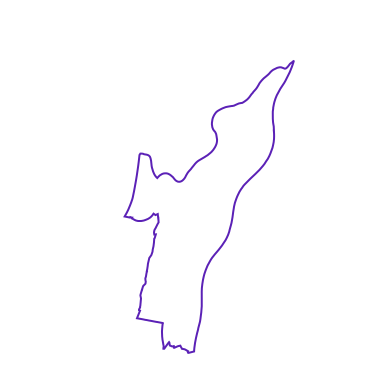 Zaltbommel, Gelderland, Netherlands (Robinson projection), rotated 109°
{"feature_id": "6326949B96926910837809", "entity_name": "Zaltbommel", "entity_type": "district", "adm_level": 2, "iso_a3": "NLD", "parent_name": "Netherlands", "parent_adm1": "Gelderland", "projection": "robinson", "projection_center": [5.161, 51.782], "detail": "fine", "context": "isolated", "style": "outline", "palette": "violet", "viewbox_px": 384, "rotation_deg": 109, "n_neighbors": 0, "source": "geoboundaries", "source_scale": "gbopen_adm2", "svg_char_len": 5755}
<svg xmlns="http://www.w3.org/2000/svg" viewBox="0 0 384 384"><g transform="rotate(109 192 192)"><path d="M342.1,138.1L340.7,138.5L338.7,139.0L333.6,140.0L328.7,140.7L323.9,141.2L319.8,141.5L318.9,141.7L312.3,142.2L311.5,142.3L309.3,142.7L305.0,143.6L303.0,144.0L296.8,145.6L293.6,146.7L290.4,147.8L282.9,150.4L279.6,151.4L275.5,152.3L271.5,153.0L268.0,153.4L266.8,153.5L265.3,153.6L261.4,153.6L257.6,153.4L256.3,153.3L251.7,152.5L249.6,152.1L247.4,151.5L246.3,151.1L243.7,150.2L238.1,148.0L232.8,146.2L230.8,145.7L226.6,144.6L223.9,144.2L220.7,143.9L217.4,143.9L215.5,144.1L210.8,144.4L208.3,144.6L205.7,145.0L202.6,145.5L197.2,146.6L193.7,147.2L192.1,147.5L188.2,147.9L187.7,147.9L187.2,147.9L184.8,147.9L184.0,147.9L181.6,147.8L179.6,147.6L176.4,147.2L173.3,146.5L171.8,146.0L169.5,145.4L167.8,144.7L160.7,141.3L158.4,140.1L154.4,138.0L149.1,135.4L144.4,133.5L141.8,132.6L138.8,131.9L136.0,131.1L132.6,130.6L130.0,130.4L124.0,130.3L121.1,130.6L118.3,131.0L117.4,131.2L115.2,131.7L112.6,132.5L110.1,133.4L107.6,134.5L107.6,134.4L103.3,136.1L101.9,136.9L99.8,138.0L96.5,139.4L91.4,141.2L89.6,141.8L86.7,142.4L85.7,142.7L82.2,143.2L80.2,143.4L76.5,143.5L72.9,143.3L72.3,143.2L69.4,142.7L65.7,142.1L63.0,141.4L58.7,140.3L57.1,140.0L56.6,139.9L50.7,139.1L48.4,138.8L46.9,138.6L45.2,138.5L43.2,138.4L41.1,138.3L39.3,138.3L38.3,138.3L37.3,138.3L35.1,138.4L34.5,138.5L35.7,138.9L38.8,141.0L42.1,142.1L43.6,142.8L44.3,143.2L44.9,143.8L45.2,144.5L45.1,146.0L45.1,148.2L45.4,149.4L46.1,150.7L46.9,151.9L48.7,153.7L50.0,155.0L51.6,156.1L53.2,156.9L54.8,157.5L56.4,158.3L58.6,159.6L61.2,161.2L62.7,161.9L64.3,162.6L66.0,163.2L67.3,163.6L69.1,163.9L70.5,164.2L72.3,164.6L73.6,165.0L75.6,165.8L77.2,166.5L78.6,166.9L80.2,167.6L83.5,168.6L85.0,169.2L86.5,169.9L88.2,171.0L89.7,172.1L91.3,173.4L92.3,175.3L93.1,176.6L94.2,177.8L95.5,179.2L96.6,180.3L97.4,181.6L97.9,182.7L98.6,184.0L99.3,185.3L100.0,186.5L100.8,187.8L101.8,189.0L103.0,190.4L104.1,191.5L105.4,192.7L106.8,193.9L107.3,194.3L108.9,195.2L110.5,195.7L112.1,196.1L113.7,196.3L115.3,196.4L116.8,196.3L118.4,196.0L120.0,195.7L121.6,195.2L123.1,194.4L124.1,193.9L125.7,192.6L126.7,191.4L127.4,190.1L127.9,189.4L129.4,188.0L131.0,187.1L132.7,186.2L134.0,185.5L134.2,185.4L135.8,184.9L137.4,184.6L138.9,184.5L140.5,184.6L142.0,184.8L142.4,184.9L143.7,185.2L145.5,185.7L146.7,186.2L147.5,186.5L148.8,187.2L149.3,187.5L150.9,188.5L151.7,189.0L152.1,189.2L153.0,190.0L154.7,191.3L158.1,194.2L159.6,195.5L161.2,196.7L162.8,197.6L164.4,198.3L167.5,199.4L169.1,200.0L170.7,200.5L172.3,201.2L173.9,201.9L175.5,202.4L177.0,202.7L177.9,202.9L178.6,203.0L180.2,203.2L181.8,203.6L183.4,204.3L184.5,204.9L185.8,206.1L186.5,207.4L186.8,208.6L186.7,209.9L186.4,211.1L185.8,212.3L185.0,213.6L184.2,214.8L183.7,216.1L183.2,217.3L182.8,218.6L182.6,219.8L182.5,221.0L182.7,222.3L183.1,223.5L183.7,224.8L184.6,226.0L186.7,227.8L188.2,228.6L190.1,229.4L189.3,231.0L188.5,232.2L187.4,233.5L186.1,234.7L185.1,235.6L183.5,236.7L182.0,237.8L180.4,238.7L177.2,240.2L175.7,240.9L173.6,242.2L172.2,243.4L171.6,244.7L171.4,245.9L171.5,247.2L171.7,248.4L171.9,249.7L171.8,250.9L172.1,252.1L172.5,253.3L174.1,253.7L180.4,252.3L185.2,251.3L189.4,250.5L194.7,249.5L199.4,248.7L205.8,247.7L210.5,247.0L212.1,246.8L215.2,246.4L216.8,246.2L218.4,246.1L221.6,246.1L224.7,246.2L227.9,246.4L229.5,246.5L231.1,246.7L232.7,246.9L237.1,247.7L236.4,242.4L235.8,242.3L235.8,241.5L235.8,241.3L236.0,241.2L235.9,240.7L235.7,240.1L236.6,240.0L236.8,238.4L237.0,237.6L237.1,237.1L237.1,236.5L237.2,235.8L237.2,235.7L237.1,234.6L237.0,233.7L236.6,232.4L236.2,231.2L235.9,230.5L235.2,229.2L234.9,228.7L234.6,228.2L233.5,226.8L232.0,225.1L231.5,224.6L230.6,223.9L230.1,223.5L229.2,222.9L228.2,222.4L227.5,222.1L226.8,221.8L226.0,221.6L225.0,221.3L225.7,219.0L224.0,217.2L227.8,215.4L227.7,215.3L231.6,213.7L233.6,214.1L238.2,214.7L238.7,214.8L239.5,215.0L240.5,215.1L241.0,215.0L241.9,214.9L242.7,214.7L243.0,214.6L244.5,213.8L243.9,212.5L244.0,212.5L244.0,212.4L247.2,212.3L247.8,212.3L248.0,212.3L248.3,212.4L248.5,212.5L252.2,211.5L252.7,211.4L255.1,210.9L256.2,210.7L259.1,210.4L261.0,210.0L261.3,209.9L263.5,209.9L264.9,209.9L268.3,210.9L274.1,210.3L274.6,210.2L276.3,209.8L279.6,209.2L281.9,208.9L281.9,208.7L283.6,208.6L286.5,208.1L287.1,208.0L288.4,208.0L288.8,208.0L289.1,207.9L290.5,207.3L290.9,207.1L291.7,206.6L291.9,206.5L292.1,206.5L293.5,206.2L293.9,206.2L294.2,206.3L294.6,206.5L296.0,207.2L296.5,207.5L297.2,207.5L297.3,207.5L297.8,207.6L300.8,207.4L300.8,207.5L304.9,207.3L306.2,207.2L306.6,207.1L309.2,205.6L309.5,205.5L316.5,203.8L316.8,203.8L317.1,203.8L318.0,203.5L320.0,203.8L320.5,203.8L321.0,203.6L321.1,202.5L329.3,202.9L328.8,199.8L328.5,197.8L328.3,196.4L328.2,195.4L328.0,194.0L327.9,193.6L327.7,192.3L327.5,190.6L327.4,190.1L327.1,188.2L326.4,183.2L326.3,182.9L325.6,178.2L325.4,176.9L325.5,176.8L326.1,176.8L327.3,176.6L329.4,176.1L331.0,175.7L332.5,175.3L333.3,175.1L335.2,174.4L336.2,174.0L338.3,173.2L340.2,172.3L341.1,171.9L342.5,171.1L344.9,169.8L345.1,169.7L346.6,168.8L347.4,168.5L348.1,168.3L348.3,168.2L348.6,168.3L349.0,168.2L349.5,168.0L349.2,167.2L348.5,167.0L347.1,166.6L343.0,165.4L341.4,164.8L341.6,164.5L341.7,164.4L342.7,163.9L343.2,163.6L344.1,163.1L344.3,163.0L344.3,162.9L344.4,162.7L344.4,161.8L344.5,160.7L344.5,160.4L343.8,159.3L343.6,159.0L343.7,158.9L345.1,158.4L345.0,157.9L344.9,157.7L344.7,157.6L344.3,157.3L344.1,157.1L343.9,156.8L343.6,156.4L342.6,155.4L342.4,155.1L341.6,153.9L341.4,153.5L341.1,153.0L341.4,152.7L341.7,152.5L342.1,152.0L342.7,151.3L343.3,150.6L343.5,150.5L343.5,150.4L343.5,150.2L343.5,149.9L343.3,149.3L343.2,148.2L343.1,147.8L343.2,147.1L343.3,146.5L343.5,145.4L343.8,143.9L344.5,144.0L345.3,143.3L345.2,142.8L342.1,138.1Z" fill="none" stroke="#5b21b6" stroke-width="2"/></g></svg>